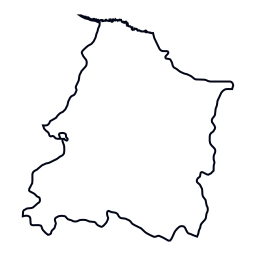 the district of Guayubín, Monte Cristi, Dominican Republic
{"feature_id": "3306468B33320306044259", "entity_name": "Guayubín", "entity_type": "district", "adm_level": 2, "iso_a3": "DOM", "parent_name": "Dominican Republic", "parent_adm1": "Monte Cristi", "projection": "albers", "projection_center": [-71.302, 19.687], "detail": "fine", "context": "isolated", "style": "outline", "palette": "ink", "viewbox_px": 256, "rotation_deg": 0, "n_neighbors": 0, "source": "geoboundaries", "source_scale": "gbopen_adm2", "svg_char_len": 5516}
<svg xmlns="http://www.w3.org/2000/svg" viewBox="0 0 256 256"><path d="M48.0,234.8L49.4,234.5L50.4,234.0L50.9,233.4L51.4,231.6L52.0,230.5L54.4,228.2L55.8,223.8L55.8,223.1L55.0,220.6L54.9,219.4L55.1,218.6L55.9,217.7L58.7,216.2L61.8,215.8L64.8,216.2L65.5,216.6L66.9,218.3L68.1,219.3L71.4,220.3L73.2,221.2L74.5,221.5L76.7,221.4L80.1,220.0L83.3,219.8L86.0,220.1L89.5,221.5L94.3,222.0L95.4,222.5L96.7,224.2L97.9,225.3L100.4,226.5L101.5,226.8L102.6,226.4L103.9,225.3L106.1,222.9L107.0,221.4L107.9,219.2L108.2,218.1L107.1,214.8L107.1,212.3L107.6,211.3L108.7,210.9L111.5,212.1L115.0,212.6L116.2,213.0L117.5,214.0L118.9,216.5L120.0,217.6L121.2,218.1L125.6,218.7L129.4,220.5L130.6,221.6L131.7,223.1L132.5,223.9L134.9,225.3L141.0,228.3L145.0,232.0L146.5,233.1L150.2,235.1L153.9,236.8L155.6,236.7L158.1,235.8L159.3,235.9L163.0,237.6L168.4,240.6L169.9,240.6L170.7,239.9L171.9,238.0L174.7,231.9L175.7,230.4L177.6,228.3L179.3,226.8L180.5,226.3L181.8,226.1L183.6,226.4L184.6,227.2L185.3,228.2L186.1,230.1L187.5,232.5L188.3,233.3L191.0,234.2L193.2,235.2L197.1,236.6L198.3,233.6L198.9,230.6L200.1,227.9L200.9,224.5L202.0,223.0L204.9,219.8L205.7,218.5L206.5,213.7L207.6,211.1L207.8,209.3L207.6,207.6L206.5,205.0L205.6,200.1L203.2,196.8L202.6,195.5L202.4,194.1L202.2,190.2L202.0,188.8L199.9,184.7L197.1,182.2L196.8,181.0L196.9,180.1L197.3,179.0L197.8,178.3L199.5,177.0L200.0,176.4L200.6,173.0L201.3,172.2L202.1,172.1L202.8,172.3L206.9,174.4L208.3,174.7L210.9,173.4L213.6,170.7L213.7,165.7L214.5,162.4L213.7,159.5L213.6,156.8L214.0,155.0L215.1,152.4L215.3,150.7L215.0,149.4L214.5,148.5L211.2,145.0L210.2,143.4L209.7,141.0L209.7,137.1L209.9,135.2L210.4,134.0L211.2,133.0L213.2,131.5L214.7,129.2L215.1,127.6L214.6,126.0L213.2,123.7L212.0,122.1L211.8,120.1L212.4,118.5L214.4,116.0L215.0,114.7L215.6,108.9L216.9,105.4L217.5,100.9L221.4,92.5L223.3,90.5L225.3,89.3L227.6,89.0L232.1,89.1L233.2,85.4L232.9,84.0L232.2,82.7L231.3,81.9L229.9,81.5L210.5,81.5L208.5,81.2L205.8,80.0L204.4,79.7L195.9,79.4L194.5,78.9L191.3,76.3L187.5,74.4L183.8,73.4L180.0,71.6L176.3,68.8L174.1,67.6L173.3,66.7L172.6,65.2L172.0,62.6L170.3,59.5L169.3,59.0L166.3,58.6L165.7,58.2L165.4,57.4L165.4,56.7L166.1,55.7L167.8,53.9L168.3,52.8L168.2,52.0L167.7,51.4L166.6,51.1L163.2,51.1L161.9,50.9L161.1,50.5L160.1,49.7L159.4,48.7L154.3,38.1L153.0,33.0L152.0,33.2L150.9,33.0L150.8,32.8L150.2,32.8L150.2,32.6L147.6,32.2L147.3,31.9L146.9,31.9L146.6,32.2L146.1,32.2L146.1,31.9L145.9,31.9L146.1,30.7L145.9,30.6L145.4,30.6L145.2,30.9L143.8,31.3L143.8,31.5L141.0,31.4L140.7,30.9L139.1,30.6L139.1,30.4L138.9,30.4L138.9,30.6L137.7,30.6L137.5,30.0L137.2,29.8L137.2,29.5L136.8,29.5L136.5,28.9L135.3,28.7L134.6,28.5L134.6,29.1L134.4,29.1L134.2,29.6L133.0,29.8L133.0,29.6L132.6,29.6L132.3,29.5L132.3,29.2L131.8,29.1L131.8,28.3L132.3,28.2L132.3,27.3L131.1,27.2L130.2,26.3L129.2,26.5L128.5,25.8L127.2,25.8L126.9,25.4L126.7,24.4L127.6,24.4L127.6,24.1L127.8,24.0L127.6,23.2L127.1,23.0L126.6,22.2L125.7,21.9L125.7,21.7L124.6,21.9L124.4,22.2L124.6,22.8L124.3,22.8L124.3,22.6L123.5,22.0L123.4,22.2L122.4,22.2L121.8,21.7L121.6,20.9L121.0,20.4L121.0,20.0L120.6,20.0L120.6,19.8L119.7,19.8L119.2,20.4L118.5,20.4L118.5,20.2L118.2,20.4L118.2,20.2L116.1,20.0L115.9,19.8L115.9,20.0L115.4,20.2L115.4,20.4L115.0,20.4L114.9,20.0L114.5,20.0L114.3,19.6L113.3,19.4L113.3,19.6L112.9,19.8L113.0,21.1L112.4,21.7L111.7,21.7L111.4,20.6L110.7,20.2L110.9,20.0L110.7,19.4L109.6,19.5L109.6,20.0L110.2,20.0L110.3,20.4L109.7,21.1L108.4,20.9L107.9,20.8L107.9,20.6L107.0,20.6L106.3,19.8L105.6,19.8L105.3,20.8L104.9,20.8L103.9,20.7L103.9,20.9L102.8,21.1L102.8,20.9L102.3,20.8L102.4,20.4L102.2,20.4L102.0,20.0L100.9,20.0L100.6,20.2L100.6,20.4L98.5,20.4L98.1,19.8L96.6,20.0L96.6,19.8L95.9,19.6L95.9,19.4L95.2,19.5L94.3,18.9L93.6,18.9L93.4,19.2L92.6,19.2L92.6,19.5L91.4,19.5L91.4,19.2L90.3,19.1L90.3,18.9L89.8,18.7L89.4,18.2L89.1,18.1L88.4,17.4L86.3,17.4L86.3,17.2L86.0,17.2L85.3,17.0L85.3,16.8L84.7,16.9L84.7,16.7L84.2,16.7L83.2,16.5L83.2,16.3L82.1,16.1L82.1,15.9L81.3,15.7L80.9,15.6L80.9,15.4L79.8,15.4L81.6,16.6L85.3,18.4L88.3,19.1L90.9,20.3L95.4,20.9L98.0,22.1L99.7,22.5L99.6,24.8L99.3,26.1L98.2,28.3L97.4,31.7L96.4,34.0L95.6,37.4L93.6,41.5L91.3,44.0L88.3,45.6L86.2,47.3L82.9,50.4L81.8,52.1L81.9,53.2L83.2,56.1L86.3,60.2L86.7,61.9L86.7,63.3L86.4,65.1L85.8,66.3L81.6,71.0L79.5,75.2L78.7,80.5L75.9,86.4L75.8,87.7L76.5,89.7L76.5,90.4L75.3,93.3L74.1,94.9L71.5,96.2L70.1,97.7L68.3,101.4L67.4,105.3L65.3,109.4L62.9,111.8L60.6,112.9L59.3,113.9L57.8,115.4L55.9,117.9L50.1,121.2L49.1,123.5L47.6,125.0L45.9,125.5L43.0,125.4L44.2,128.8L46.1,130.8L47.6,131.9L48.4,132.7L48.9,133.8L49.5,135.5L49.9,136.1L50.8,136.4L52.6,136.0L53.2,136.1L54.0,136.6L55.4,138.1L56.1,138.5L58.0,138.8L60.5,138.8L59.0,134.8L59.3,133.7L60.1,133.2L62.8,132.9L64.2,133.2L65.5,133.9L65.9,134.7L66.1,137.0L67.6,138.7L67.6,139.8L67.0,140.5L66.3,140.5L65.3,140.0L64.2,138.9L62.3,138.9L62.6,141.6L63.9,145.1L64.2,146.5L64.3,150.4L64.0,153.3L63.1,154.7L62.2,155.5L59.9,156.7L57.0,158.9L49.1,162.8L45.7,163.6L41.9,165.4L36.8,169.7L34.5,170.9L33.3,172.0L32.5,173.6L32.4,175.0L32.4,180.8L32.2,183.2L29.2,189.0L29.1,190.1L29.3,190.9L29.9,191.4L34.1,193.6L35.6,194.9L36.8,196.3L39.3,197.5L39.9,199.0L39.9,201.0L39.1,202.4L37.4,203.6L33.8,206.8L32.7,207.6L31.4,208.0L27.0,208.5L23.9,210.2L23.4,210.9L23.1,211.6L22.8,216.3L24.5,215.9L26.3,215.7L27.6,215.8L29.2,216.5L29.8,217.1L30.3,218.3L30.6,222.9L30.7,223.8L31.1,224.5L31.9,225.0L32.8,225.2L38.6,225.1L40.8,225.6L41.5,226.5L42.2,228.8L43.2,230.4L45.6,232.9L48.0,234.8Z" fill="none" stroke="#020617" stroke-width="2"/></svg>